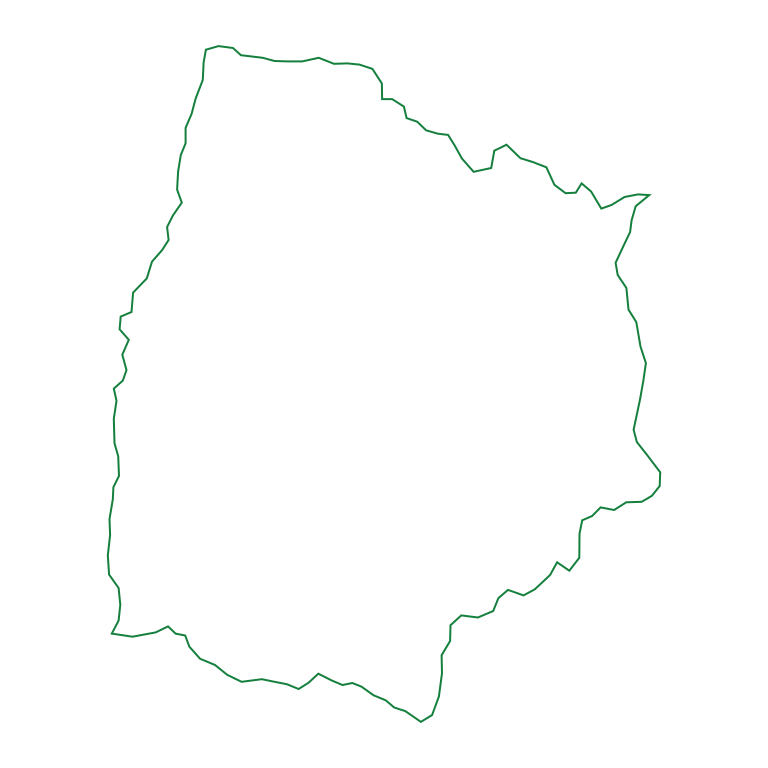 Oscar Bressane, São Paulo, Brazil (Robinson projection)
{"feature_id": "56859067B66213381636200", "entity_name": "Oscar Bressane", "entity_type": "district", "adm_level": 2, "iso_a3": "BRA", "parent_name": "Brazil", "parent_adm1": "São Paulo", "projection": "robinson", "projection_center": [-50.254, -22.295], "detail": "fine", "context": "isolated", "style": "outline", "palette": "green", "viewbox_px": 768, "rotation_deg": 0, "n_neighbors": 0, "source": "geoboundaries", "source_scale": "gbopen_adm2", "svg_char_len": 1919}
<svg xmlns="http://www.w3.org/2000/svg" viewBox="0 0 768 768"><path d="M649.2,195.1L638.0,194.4L624.5,197.0L611.5,205.0L601.3,208.6L591.1,191.5L581.6,183.4L575.8,192.7L565.6,193.2L554.4,184.8L546.4,167.3L532.7,162.0L520.4,158.2L506.5,144.7L494.3,150.7L491.2,168.0L473.6,171.8L462.0,158.6L454.5,145.2L448.1,134.9L437.9,133.7L426.1,130.3L417.2,121.7L406.6,118.1L403.9,106.6L392.1,99.1L382.1,99.1L381.9,83.5L372.4,68.9L359.5,64.6L347.5,63.4L334.0,63.8L318.7,57.8L302.3,61.4L287.8,61.4L274.5,61.0L262.7,57.8L252.7,56.6L240.9,55.2L233.0,48.0L218.5,46.1L205.9,49.7L203.6,62.6L202.8,79.9L195.7,98.4L191.6,113.8L185.6,127.9L185.6,143.3L180.8,155.0L178.1,171.6L177.1,189.6L181.8,202.6L172.9,215.5L167.1,227.0L168.6,240.0L162.1,250.1L152.0,261.6L146.8,278.4L133.1,292.6L131.5,312.0L120.7,316.6L119.6,329.3L128.8,339.8L122.3,354.7L126.5,370.1L122.8,380.6L113.8,388.6L116.5,400.8L113.8,418.8L114.5,443.3L118.2,456.2L119.0,475.9L113.4,487.2L112.8,499.4L109.5,519.1L110.1,535.0L107.8,555.4L109.1,574.6L118.6,588.0L120.3,604.8L118.6,620.6L111.8,633.6L132.5,636.7L155.7,632.4L168.0,626.4L175.6,633.6L185.2,635.5L189.3,646.6L200.1,658.8L215.0,665.0L227.3,674.9L241.6,681.8L261.9,679.2L274.5,681.8L286.8,684.2L298.6,689.0L308.5,682.8L318.3,673.7L332.0,680.6L342.5,685.0L352.3,683.0L361.4,686.6L373.6,695.3L385.7,700.3L394.2,707.5L405.3,711.1L420.9,721.9L432.1,715.0L438.9,696.5L442.0,673.2L441.6,655.2L450.1,641.0L450.5,625.2L461.3,615.4L477.9,617.5L493.2,611.0L498.4,598.1L508.0,589.9L523.5,595.4L534.7,589.4L550.1,575.0L557.1,562.3L569.3,570.7L579.3,557.8L579.5,533.8L582.2,520.3L592.1,516.0L600.6,507.4L614.1,510.0L626.2,502.3L641.7,501.8L651.9,495.8L659.7,486.0L660.2,472.3L647.1,455.0L636.9,442.1L633.6,429.8L640.1,399.1L643.4,380.4L645.9,363.1L640.5,346.6L636.3,322.1L628.5,309.6L626.4,288.0L617.7,275.0L615.6,262.8L624.1,244.6L630.1,232.1L631.6,220.3L635.7,206.2L649.2,195.1Z" fill="none" stroke="#15803d" stroke-width="2"/></svg>